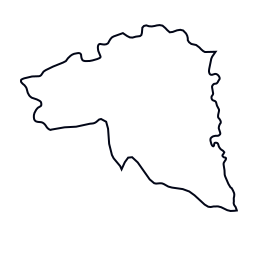 an SVG outline of Sa Kaeo, rotated 81°
{"feature_id": "THA-433", "entity_name": "Sa Kaeo", "entity_type": "Province", "adm_level": 1, "iso_a3": "THA", "parent_name": "Thailand", "parent_adm1": "", "projection": "albers", "projection_center": [102.297, 13.672], "detail": "fine", "context": "isolated", "style": "outline", "palette": "ink", "viewbox_px": 256, "rotation_deg": 81, "n_neighbors": 0, "source": "natural_earth", "source_scale": "10m", "svg_char_len": 3784}
<svg xmlns="http://www.w3.org/2000/svg" viewBox="0 0 256 256"><g transform="rotate(81 128 128)"><path d="M226.5,33.4L226.4,36.0L226.0,39.7L224.7,42.8L220.8,48.4L219.5,51.4L218.9,55.8L219.0,58.7L218.3,61.1L215.6,64.3L204.9,72.8L200.3,77.4L196.9,83.5L193.7,93.9L192.2,97.3L188.9,101.5L188.0,103.1L187.6,105.0L187.3,109.0L186.6,110.8L182.2,114.6L163.5,123.8L157.5,128.5L157.3,132.5L161.3,136.5L167.8,140.8L164.4,141.7L155.7,146.9L152.1,148.1L140.7,149.1L125.6,147.8L118.4,148.6L114.9,153.2L115.1,155.2L117.1,158.4L117.8,160.2L118.0,161.7L117.9,164.0L117.8,164.5L118.6,179.0L117.4,190.6L117.6,204.1L117.8,204.6L117.6,205.1L117.3,205.7L116.9,206.2L116.0,207.1L115.0,207.8L114.5,208.1L112.7,208.9L111.6,209.5L110.6,210.2L109.7,211.1L109.3,211.6L108.7,212.8L107.8,216.3L107.2,217.6L106.8,218.1L106.4,218.5L105.9,218.8L105.3,219.1L104.6,219.3L102.6,219.3L100.5,218.9L98.5,218.0L95.7,215.9L94.6,214.7L93.9,213.8L92.9,211.2L92.5,210.5L91.7,210.0L90.0,209.8L89.0,209.9L88.3,210.2L87.8,210.6L87.0,211.5L85.5,213.6L83.1,218.2L82.7,218.7L82.2,219.1L81.2,220.0L80.1,220.6L77.5,221.5L72.9,222.0L71.7,222.4L69.5,223.6L68.1,224.9L66.5,226.0L65.9,226.3L65.3,226.4L64.5,226.3L63.6,225.9L63.1,224.6L62.7,222.7L62.1,214.7L62.9,208.1L62.9,207.4L62.7,206.4L62.1,205.4L59.1,202.6L58.0,200.3L55.6,192.4L53.2,181.9L52.2,178.9L49.7,176.4L47.7,173.5L46.8,171.6L46.3,169.6L46.2,167.0L46.2,165.5L46.4,164.5L46.7,163.9L47.1,163.4L47.6,163.1L48.2,162.9L50.5,163.0L52.0,162.9L52.7,162.7L53.9,162.3L54.6,161.4L55.2,159.9L55.8,155.5L55.7,152.5L55.1,147.7L54.6,145.6L54.1,144.4L53.5,144.0L52.8,144.0L47.2,145.3L45.5,145.3L43.9,145.2L43.0,145.0L42.1,144.7L41.1,144.0L40.7,143.3L40.6,142.5L41.0,141.3L41.2,140.7L41.5,139.7L41.8,138.6L41.9,136.6L41.6,135.5L41.3,134.7L40.9,134.2L39.4,133.1L38.9,132.7L37.3,131.3L36.0,129.7L35.3,127.8L33.5,118.2L37.0,114.5L38.8,112.0L39.4,109.4L39.0,105.9L39.1,101.8L38.3,100.3L36.3,99.4L31.1,98.1L29.7,96.3L29.5,93.9L30.8,91.3L31.4,88.6L31.4,85.7L31.2,83.5L31.3,80.7L32.3,77.9L35.1,75.5L37.5,73.9L40.0,71.8L40.1,68.8L39.2,64.3L39.2,61.0L40.3,58.3L43.7,55.9L46.1,55.1L48.5,54.9L50.7,55.2L52.8,54.3L54.9,52.3L56.7,47.7L59.6,44.9L61.8,43.4L63.8,41.7L65.0,40.1L66.4,29.6L70.7,33.7L72.6,34.9L82.2,38.5L83.9,39.0L85.2,39.2L86.1,39.1L86.8,39.0L87.4,38.8L87.9,38.4L88.3,37.9L88.5,37.3L88.6,36.6L88.2,33.7L88.3,33.0L88.5,32.4L89.2,31.4L89.9,30.8L90.7,30.3L92.3,29.7L93.3,29.7L94.0,29.9L95.4,31.2L96.9,32.3L97.3,32.8L97.7,33.3L97.9,33.8L97.9,34.6L97.9,35.3L97.9,36.1L98.3,36.9L99.3,38.0L100.2,38.5L101.1,38.6L107.2,38.5L108.2,38.9L109.0,39.6L109.8,40.4L110.5,40.7L111.3,40.8L112.1,40.8L112.8,40.6L113.4,40.3L113.8,39.9L114.2,39.4L114.8,38.2L115.2,37.7L115.7,37.3L116.4,37.0L119.2,36.7L119.9,36.6L123.8,35.3L124.7,35.3L125.8,35.6L129.1,36.9L130.4,37.2L131.4,37.3L132.1,37.1L133.7,36.1L135.4,35.5L136.5,35.4L137.3,35.6L137.8,35.9L138.2,36.4L138.9,36.9L139.8,37.5L141.5,38.2L142.6,38.4L146.8,37.7L147.9,37.7L148.6,38.0L149.3,39.0L149.5,39.4L149.7,39.8L149.7,41.0L149.4,42.7L149.5,44.8L149.7,45.7L150.0,46.3L150.4,47.1L151.2,48.0L152.0,48.3L152.8,48.5L153.7,48.5L156.7,48.2L157.4,48.0L158.1,47.8L158.7,47.5L159.2,47.1L159.4,46.6L159.2,46.2L158.7,45.8L157.4,45.4L156.7,45.1L156.3,44.6L156.2,44.0L156.3,43.3L156.6,42.6L156.9,42.1L157.4,41.8L158.0,41.5L158.8,41.4L159.5,41.3L160.3,41.2L161.5,40.8L162.1,40.5L163.2,39.9L163.7,39.5L165.5,37.6L167.0,36.7L168.4,37.7L169.3,38.7L169.8,39.0L170.5,39.0L171.4,38.4L172.0,37.8L172.3,37.1L172.5,36.4L173.0,36.0L173.7,36.0L174.7,36.5L175.3,37.1L176.3,38.0L177.3,38.8L177.9,39.1L179.1,39.3L184.7,39.3L189.3,39.8L191.0,39.6L198.9,37.6L202.6,36.1L203.1,35.6L203.5,35.1L204.2,34.8L206.1,34.1L208.9,33.4L210.2,33.4L212.0,33.8L213.8,34.5L217.4,35.0L218.3,35.3L219.3,35.4L220.9,35.1L222.8,34.1L226.4,33.4L226.5,33.4Z" fill="none" stroke="#020617" stroke-width="2"/></g></svg>